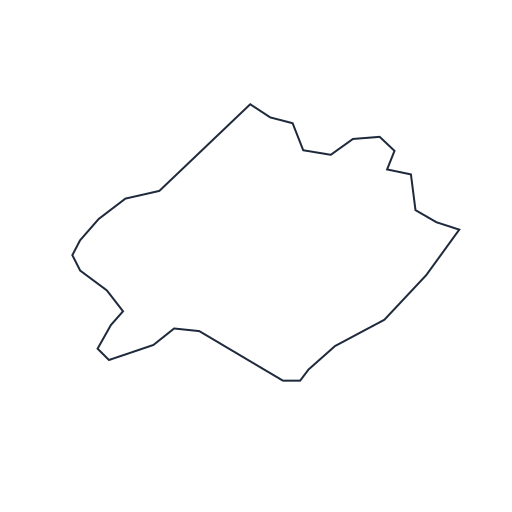 outline of Bakay-Ata, Talas, Kyrgyzstan, rotated 123°
{"feature_id": "92254566B8292928272806", "entity_name": "Bakay-Ata", "entity_type": "district", "adm_level": 2, "iso_a3": "KGZ", "parent_name": "Kyrgyzstan", "parent_adm1": "Talas", "projection": "natural_earth1", "projection_center": [71.964, 42.346], "detail": "fine", "context": "isolated", "style": "outline", "palette": "slate", "viewbox_px": 512, "rotation_deg": 123, "n_neighbors": 0, "source": "geoboundaries", "source_scale": "gbopen_adm2", "svg_char_len": 571}
<svg xmlns="http://www.w3.org/2000/svg" viewBox="0 0 512 512"><g transform="rotate(123 256 256)"><path d="M336.5,151.1L322.5,150.1L288.5,140.7L239.5,113.6L179.3,102.8L123.2,99.9L129.4,123.0L130.7,147.2L103.2,170.5L112.0,193.2L92.4,197.1L88.7,217.2L105.1,238.5L130.4,248.4L141.6,274.0L124.7,297.6L132.0,319.5L131.9,343.5L254.0,372.5L279.0,396.8L310.6,408.1L338.6,412.1L355.3,410.5L364.0,395.5L366.1,362.3L374.8,337.4L392.8,340.1L420.0,338.4L423.3,322.7L386.5,293.6L361.4,285.2L349.9,262.7L345.9,165.6L336.5,151.1Z" fill="none" stroke="#1e293b" stroke-width="2"/></g></svg>